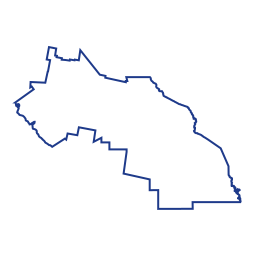 the district of Avellaneda, Santiago del Estero, Argentina
{"feature_id": "61730980B47702997871145", "entity_name": "Avellaneda", "entity_type": "district", "adm_level": 2, "iso_a3": "ARG", "parent_name": "Argentina", "parent_adm1": "Santiago del Estero", "projection": "robinson", "projection_center": [-63.079, -28.545], "detail": "fine", "context": "isolated", "style": "outline", "palette": "blue", "viewbox_px": 256, "rotation_deg": 0, "n_neighbors": 0, "source": "geoboundaries", "source_scale": "gbopen_adm2", "svg_char_len": 5649}
<svg xmlns="http://www.w3.org/2000/svg" viewBox="0 0 256 256"><path d="M149.9,77.1L126.3,77.1L127.3,81.0L125.8,81.0L125.8,82.2L105.3,77.7L105.5,75.9L99.8,74.7L80.3,50.2L78.8,60.3L74.8,59.6L74.6,60.3L69.9,59.5L69.7,60.6L65.5,60.0L61.7,59.7L61.9,58.2L56.6,57.2L56.9,55.8L55.1,55.5L56.2,48.5L49.0,47.1L46.7,59.5L50.1,60.1L48.0,71.5L47.7,71.6L45.3,82.7L30.6,82.0L30.3,87.4L31.7,86.5L33.7,89.3L15.4,102.4L15.5,102.4L15.6,102.7L15.6,103.1L15.8,103.5L15.8,103.8L16.0,104.2L16.0,105.0L16.3,105.9L16.8,106.0L17.1,106.0L17.7,105.5L17.9,105.3L17.9,104.8L18.1,104.5L17.9,104.2L18.1,104.0L18.9,104.3L19.2,104.8L19.2,105.2L19.3,105.8L19.1,106.2L18.8,106.5L18.5,106.6L17.9,106.6L17.5,106.7L17.5,106.9L17.9,107.3L18.2,107.1L18.6,107.3L18.7,107.9L18.6,108.6L18.0,110.1L17.8,110.7L17.5,111.2L17.5,111.6L17.2,112.2L17.3,112.6L18.5,113.6L19.1,114.3L19.3,114.7L19.4,114.8L19.8,115.0L20.7,115.2L21.9,115.5L22.9,115.8L23.7,116.5L24.1,116.8L25.3,118.4L25.6,119.0L25.6,119.3L25.8,120.4L26.3,120.7L27.8,121.4L28.1,121.8L28.3,122.5L28.8,123.0L29.5,124.1L29.6,124.4L30.2,124.3L31.1,123.8L31.7,123.3L33.0,122.6L33.2,122.4L34.2,121.8L34.6,121.8L34.5,122.9L34.1,123.4L33.5,123.9L32.7,124.4L32.3,125.0L32.5,125.5L32.5,126.0L32.6,126.6L32.7,128.1L33.0,128.5L33.1,128.8L34.4,129.1L35.2,129.4L35.6,129.6L36.3,130.2L36.8,131.1L36.8,131.3L36.7,131.7L36.7,132.3L37.1,133.4L37.6,133.9L37.9,134.0L38.3,134.5L38.5,135.1L38.8,135.9L39.2,136.6L39.4,136.7L40.2,137.4L41.3,138.0L41.7,138.5L42.2,139.1L42.4,139.1L42.8,139.7L44.0,140.7L44.8,141.6L45.1,142.3L45.5,142.7L46.8,143.4L47.4,143.8L48.1,144.3L49.1,145.1L50.2,145.2L51.1,145.8L51.7,146.5L52.2,146.8L64.9,138.6L66.2,139.6L67.6,133.5L77.3,135.2L78.9,127.3L95.4,130.4L93.7,141.8L101.4,137.8L101.4,142.4L109.4,142.4L109.4,149.4L126.6,149.4L126.6,151.9L123.6,173.6L149.7,179.4L149.7,190.2L158.2,190.1L158.2,208.9L192.7,208.8L192.6,202.1L240.3,202.1L240.4,201.9L240.5,201.7L240.6,201.3L240.5,201.0L240.4,201.1L240.3,200.9L240.2,200.7L240.4,200.5L240.4,200.3L239.7,199.8L239.6,199.6L239.8,199.5L240.2,199.4L240.3,198.8L240.2,198.4L239.9,198.4L239.7,198.6L239.7,198.9L239.6,199.0L239.0,198.8L238.6,198.6L238.3,198.4L238.0,198.3L238.0,198.2L238.2,197.8L238.5,197.7L238.8,197.8L239.1,198.0L239.5,198.3L239.6,197.9L239.7,197.7L239.5,197.2L239.6,196.7L239.6,196.3L239.2,196.3L239.1,196.1L239.3,195.7L239.3,195.0L239.1,194.8L238.3,194.2L238.0,194.2L237.7,194.1L237.7,193.7L237.9,193.5L237.9,193.3L237.8,193.2L237.1,193.3L236.8,193.2L236.6,193.1L236.5,192.9L236.1,192.5L236.1,192.1L236.3,191.8L236.3,191.6L236.8,191.4L237.2,191.5L238.1,191.5L238.3,191.3L238.2,191.1L238.4,191.0L238.6,190.6L239.0,190.2L239.6,190.1L239.6,189.8L239.5,189.7L239.1,189.7L238.9,189.5L238.7,189.6L238.4,189.8L238.1,189.5L237.9,189.4L237.9,189.8L238.1,190.0L238.0,190.4L237.8,190.6L237.2,190.7L235.9,191.0L234.8,191.1L234.6,190.9L234.7,190.7L235.2,190.7L235.7,190.3L236.5,190.1L236.8,189.9L236.8,189.7L236.2,189.5L235.6,189.5L235.3,189.3L235.1,189.0L234.5,188.6L234.5,188.4L235.2,188.1L235.3,187.9L235.3,187.5L235.2,187.4L235.0,187.2L234.4,187.1L233.8,186.8L233.8,186.6L234.0,186.4L234.0,186.1L233.8,185.9L233.0,186.0L232.2,185.8L231.9,186.0L231.7,186.0L231.6,185.6L232.1,185.1L231.9,184.9L231.7,184.9L231.6,184.4L231.7,184.1L231.6,183.7L231.7,183.4L231.9,183.2L232.0,182.8L231.6,182.4L231.7,182.1L231.6,181.7L231.3,181.3L231.3,180.9L231.4,180.6L231.7,180.1L231.8,179.9L232.0,179.8L232.0,179.6L232.0,179.4L231.7,179.1L231.7,178.9L231.8,178.8L232.0,178.5L232.0,178.4L231.3,178.2L231.2,177.8L230.0,177.3L229.6,176.8L229.7,176.5L229.4,175.9L229.2,175.8L228.8,175.4L228.6,174.7L228.7,174.3L228.6,173.9L228.5,166.2L220.7,148.3L208.1,139.6L205.0,137.6L203.3,136.7L202.9,136.2L201.9,135.5L201.7,135.5L201.4,135.2L201.2,135.0L199.9,134.4L199.4,134.3L198.2,133.7L197.7,133.7L197.5,133.4L197.3,133.2L197.1,133.1L196.6,133.2L195.9,133.1L195.7,133.0L195.4,132.7L195.1,132.6L195.1,132.4L194.6,132.1L194.3,131.5L194.1,131.4L194.0,130.9L194.6,130.5L194.7,130.3L194.8,129.4L194.9,129.1L194.8,128.9L195.0,128.7L195.0,128.2L195.0,127.9L194.5,127.8L194.2,127.4L194.2,127.0L194.4,126.8L194.4,126.6L194.2,126.4L194.2,126.2L194.3,125.8L194.5,125.6L194.5,125.3L194.9,124.7L195.0,124.5L195.2,124.3L195.2,124.1L195.0,123.8L195.1,123.5L194.8,123.0L195.0,122.8L195.3,122.9L195.5,122.8L195.7,122.4L195.9,122.2L196.0,121.9L196.2,121.7L196.1,121.4L196.1,121.1L196.1,120.9L195.8,120.7L195.8,120.4L195.7,120.2L195.7,119.7L195.9,119.6L195.8,119.1L195.5,118.9L195.2,118.8L195.0,118.6L194.9,118.7L194.6,118.7L194.5,118.8L194.3,118.8L194.1,118.6L193.7,118.7L193.6,118.1L193.7,117.9L193.7,117.7L193.3,117.5L193.3,117.1L193.2,116.9L193.3,116.2L193.1,116.0L193.1,115.6L192.9,115.3L192.6,115.1L192.6,114.7L191.9,114.2L191.7,113.5L191.8,113.3L191.5,113.1L191.3,112.6L190.8,112.1L190.7,111.1L190.4,110.6L189.9,110.2L189.2,109.5L188.9,108.8L188.9,108.5L188.8,108.2L188.2,108.0L188.0,107.5L187.7,107.4L187.5,106.9L184.1,105.8L183.5,105.5L181.2,104.8L180.4,104.3L179.5,104.2L178.9,104.0L178.3,103.6L176.6,102.7L175.7,102.2L175.0,101.9L173.8,101.1L173.1,100.9L172.5,100.5L172.0,100.3L171.4,99.9L170.7,99.6L170.3,99.3L168.5,98.4L167.7,98.0L167.3,97.8L166.9,97.6L166.8,97.4L166.1,97.2L165.8,96.9L165.5,96.9L163.6,95.8L163.4,94.9L163.2,94.4L163.3,94.0L163.1,93.6L163.0,92.8L162.7,92.6L162.5,92.3L162.3,91.6L162.1,91.3L162.0,91.2L160.6,91.2L159.9,91.2L159.4,91.1L159.1,90.7L158.9,90.1L159.1,89.7L159.2,89.3L159.0,89.1L156.8,87.7L156.4,87.2L156.3,86.8L156.2,86.6L156.2,86.1L156.3,85.8L156.4,85.2L156.4,84.8L156.0,84.1L155.7,83.7L154.5,83.2L153.8,82.8L153.5,82.8L153.1,82.4L152.8,81.8L152.4,81.4L151.7,81.0L151.2,80.2L150.8,79.5L150.8,78.6L150.7,78.2L150.4,77.6L149.9,77.1Z" fill="none" stroke="#1e3a8a" stroke-width="2"/></svg>